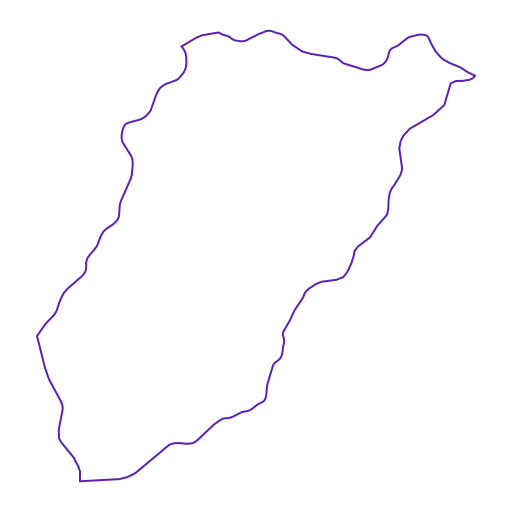 SVG path tracing the border of Lavalleja
{"feature_id": "URY-19", "entity_name": "Lavalleja", "entity_type": "Department", "adm_level": 1, "iso_a3": "URY", "parent_name": "Uruguay", "parent_adm1": "", "projection": "robinson", "projection_center": [-54.924, -33.979], "detail": "fine", "context": "isolated", "style": "outline", "palette": "violet", "viewbox_px": 512, "rotation_deg": 0, "n_neighbors": 0, "source": "natural_earth", "source_scale": "10m", "svg_char_len": 2916}
<svg xmlns="http://www.w3.org/2000/svg" viewBox="0 0 512 512"><path d="M37.0,336.0L45.5,323.9L53.7,315.3L55.7,312.4L57.0,309.8L59.0,303.4L61.4,297.5L63.0,294.5L64.4,292.2L67.9,288.4L82.0,276.1L83.9,273.9L85.2,271.8L85.8,269.9L86.1,267.8L86.2,265.9L86.1,263.3L86.0,263.2L87.1,258.8L88.6,256.4L90.6,253.8L94.0,250.1L97.1,245.7L100.7,236.3L103.2,231.9L104.3,230.6L107.0,228.4L112.8,224.5L116.4,221.2L118.1,218.7L119.0,216.2L119.8,204.6L120.9,201.1L130.9,178.3L131.9,174.1L132.7,164.8L132.7,162.7L132.6,160.6L132.2,158.7L131.6,156.9L130.8,155.3L123.4,143.6L122.6,142.1L122.0,140.4L121.6,137.9L121.7,134.7L122.8,129.2L123.9,126.5L125.2,124.5L126.6,123.5L130.0,122.2L139.3,119.8L142.6,118.4L144.4,117.2L146.4,115.5L149.2,112.5L150.7,110.3L155.9,95.6L157.9,91.5L159.3,89.0L160.0,88.2L160.3,87.8L161.1,87.1L163.6,85.3L166.6,83.7L176.7,80.0L178.3,78.8L180.1,77.0L183.6,72.6L185.1,69.6L186.0,66.8L186.4,62.3L186.1,55.8L185.7,53.9L185.1,52.1L183.5,49.1L181.6,46.4L196.0,37.9L201.7,35.4L217.0,32.7L218.6,32.6L219.4,32.9L222.2,34.5L228.0,36.2L229.7,37.0L231.0,38.2L232.9,39.5L235.5,40.5L240.6,41.3L243.5,41.2L245.8,40.6L259.0,33.9L266.5,31.0L269.4,30.7L271.6,31.1L276.1,32.8L279.9,33.7L282.2,34.7L283.9,35.9L292.0,44.6L302.1,51.4L310.9,53.9L334.8,57.7L336.7,58.3L338.4,59.1L342.3,62.5L343.8,63.4L363.8,69.7L367.3,70.1L369.9,69.9L381.6,65.1L383.0,64.2L384.4,63.0L385.5,61.7L386.5,60.3L388.0,56.9L388.9,52.9L389.5,51.1L390.5,49.6L391.8,48.5L393.4,47.6L396.8,46.1L398.3,45.3L407.8,37.8L410.1,36.8L418.7,34.7L422.1,34.6L424.8,34.9L426.4,35.6L427.8,36.7L428.7,38.1L431.7,44.6L436.1,52.1L440.6,57.1L443.1,59.3L449.4,62.9L460.0,67.2L467.7,72.2L475.0,75.7L473.6,77.4L471.9,78.7L469.8,79.7L462.8,80.9L455.9,81.0L450.7,83.4L444.3,105.0L433.3,115.0L409.7,128.8L403.4,135.7L400.6,141.2L399.3,148.4L402.1,168.4L401.6,171.4L400.3,175.2L393.8,185.8L391.9,188.2L390.8,190.4L389.7,193.3L388.7,198.9L388.2,209.4L387.4,213.5L386.2,215.7L377.2,225.9L370.1,237.3L357.9,246.5L354.5,251.3L354.1,253.4L353.8,255.6L351.3,263.5L347.5,271.5L345.2,274.9L343.1,277.2L336.3,279.8L321.9,281.7L319.0,282.7L315.5,284.4L309.2,288.4L306.5,291.0L304.7,293.2L304.0,295.1L302.8,297.9L294.3,310.7L289.9,320.4L283.6,331.2L282.8,334.0L282.9,335.1L283.7,337.6L283.9,338.8L284.1,340.3L284.1,342.1L283.8,344.1L283.2,346.0L282.3,353.2L281.3,356.6L279.8,358.8L277.9,360.6L275.2,362.5L273.6,364.3L272.7,366.5L267.5,383.9L266.8,388.1L266.2,395.6L265.2,399.1L263.9,401.0L262.2,402.1L257.0,404.8L252.6,408.5L249.8,410.2L247.4,411.1L242.0,412.0L232.9,416.7L229.4,417.9L223.1,418.5L219.1,420.8L213.7,424.7L197.7,439.9L194.0,442.6L192.3,443.2L188.2,443.8L179.1,443.1L174.8,443.2L172.9,443.5L169.3,444.7L136.1,472.5L134.0,473.9L127.1,477.2L119.4,479.1L80.0,481.3L80.0,471.5L78.3,466.4L73.5,457.3L61.4,442.6L59.8,439.9L59.1,438.5L58.8,430.8L59.1,427.7L62.5,410.3L62.7,408.1L62.3,405.1L61.2,401.9L49.0,379.3L45.0,367.8L37.0,336.0Z" fill="none" stroke="#5b21b6" stroke-width="2"/></svg>